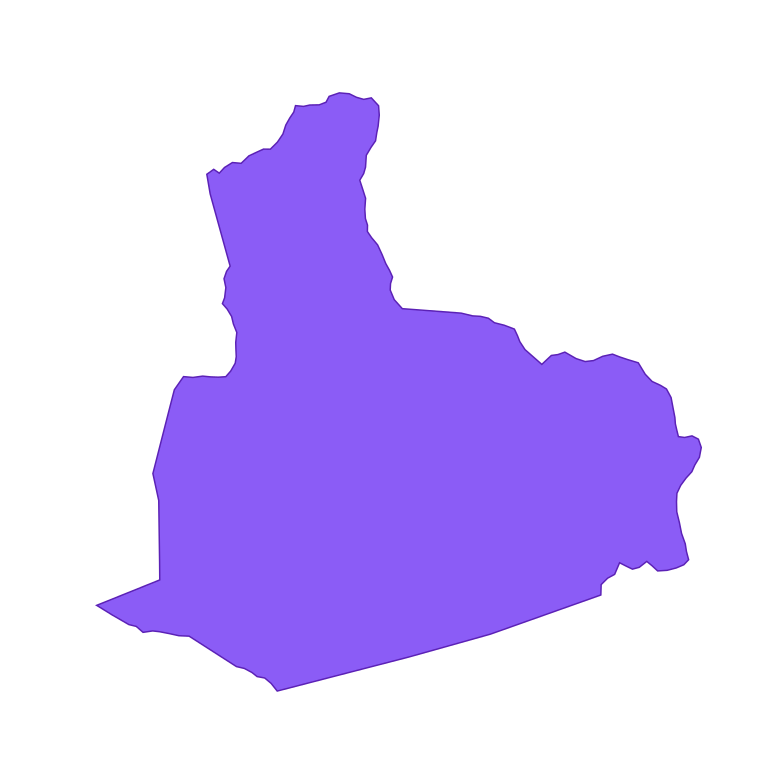 the district of Araçás, Bahia, Brazil, rotated 354°
{"feature_id": "56859067B21814808671307", "entity_name": "Araçás", "entity_type": "district", "adm_level": 2, "iso_a3": "BRA", "parent_name": "Brazil", "parent_adm1": "Bahia", "projection": "orthographic", "projection_center": [-38.2, -12.144], "detail": "fine", "context": "isolated", "style": "filled", "palette": "violet", "viewbox_px": 768, "rotation_deg": 354, "n_neighbors": 0, "source": "geoboundaries", "source_scale": "gbopen_adm2", "svg_char_len": 2147}
<svg xmlns="http://www.w3.org/2000/svg" viewBox="0 0 768 768"><g transform="rotate(354 384 384)"><path d="M75.1,574.1L82.2,579.6L89.7,585.4L98.8,592.0L105.1,596.6L112.3,599.2L118.4,605.8L128.1,605.4L134.9,606.9L144.4,609.8L153.7,612.9L163.8,614.4L207.7,649.6L215.4,652.3L222.5,657.1L227.2,661.7L234.6,663.9L240.4,669.9L245.7,678.2L380.2,658.1L463.7,643.9L577.6,616.5L579.0,606.2L586.1,600.5L593.5,597.4L599.6,586.4L605.6,590.3L611.7,594.1L618.7,593.0L626.8,587.9L631.6,592.8L636.6,598.5L646.1,598.9L655.4,597.5L663.3,595.1L668.6,590.6L667.3,582.3L666.9,574.4L664.3,563.7L663.3,552.7L661.8,541.7L662.6,531.6L663.9,523.3L668.5,515.8L674.5,509.2L681.0,503.4L684.6,497.1L690.0,489.9L692.9,480.3L690.9,471.7L684.9,467.8L677.4,468.6L671.3,467.1L670.4,460.7L669.6,454.1L669.8,447.8L669.0,438.5L668.1,427.5L664.4,418.5L658.9,414.3L650.9,409.5L644.8,401.6L639.1,389.5L628.9,385.2L621.2,381.7L614.4,378.2L604.4,379.3L594.8,382.6L586.4,382.7L577.7,378.8L567.2,371.2L560.1,372.9L553.4,373.1L543.0,381.0L527.8,364.5L523.5,356.1L521.8,349.9L519.4,343.0L509.7,338.1L500.2,334.6L494.7,329.5L487.0,326.8L479.2,325.5L468.2,321.6L410.1,311.0L403.0,301.2L400.0,291.2L401.0,284.8L403.7,278.5L401.4,271.6L398.3,264.3L395.7,255.3L392.2,245.0L386.9,237.1L383.4,230.6L384.2,224.3L382.8,217.5L383.2,208.2L385.1,197.4L382.9,186.7L381.2,178.8L385.8,172.6L388.3,166.4L390.3,154.7L395.9,147.2L401.0,141.3L403.1,133.3L405.1,127.0L407.4,116.1L407.7,106.7L401.3,98.1L393.6,98.8L386.6,96.0L379.8,91.7L370.0,89.8L359.5,92.2L355.8,97.7L348.7,99.6L339.4,98.8L333.0,99.5L325.1,97.9L322.7,104.1L318.1,109.6L313.4,116.2L309.6,124.8L303.3,132.3L295.5,138.6L288.7,137.8L282.4,139.9L273.6,142.9L265.0,149.6L256.4,147.9L248.0,152.0L242.2,157.1L237.1,152.7L229.7,156.9L231.0,176.8L243.3,250.7L239.2,255.5L235.9,262.6L236.8,271.6L234.5,281.6L231.7,287.2L235.8,293.0L239.5,300.9L240.5,308.6L243.0,317.4L240.9,327.1L240.3,334.8L239.9,341.4L238.2,347.8L232.9,355.1L227.4,360.2L220.0,359.9L212.3,358.8L204.5,357.2L194.7,357.5L185.4,355.7L174.9,367.8L166.5,390.3L154.9,421.6L144.8,448.9L147.8,476.4L142.2,537.8L140.5,555.4L75.1,574.1Z" fill="#8b5cf6" stroke="#5b21b6" stroke-width="1.5"/></g></svg>